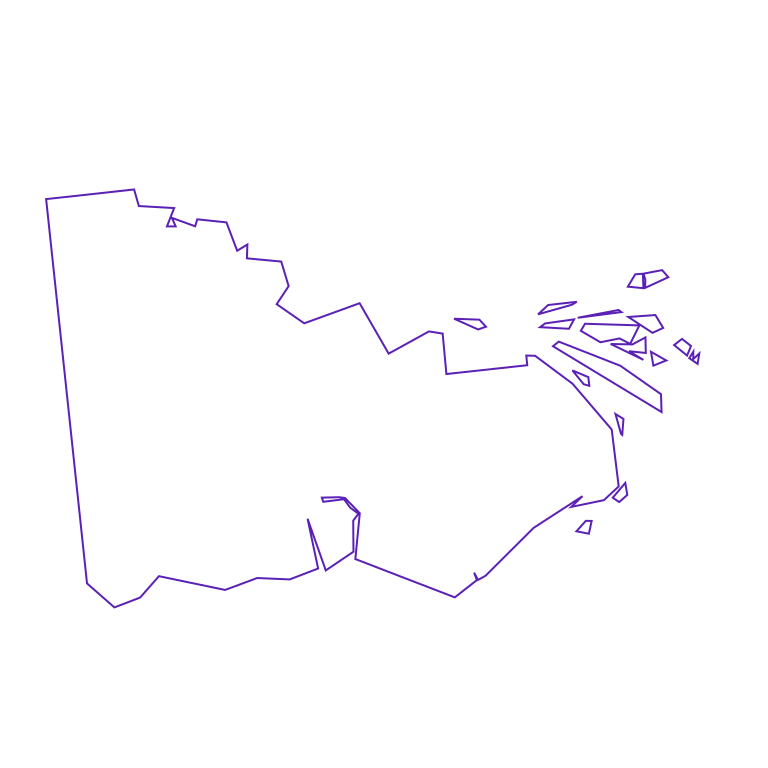 South Fly District, Western, Papua New Guinea, rotated 354°
{"feature_id": "67681753B32450151371022", "entity_name": "South Fly District", "entity_type": "district", "adm_level": 2, "iso_a3": "PNG", "parent_name": "Papua New Guinea", "parent_adm1": "Western", "projection": "natural_earth1", "projection_center": [142.961, -8.494], "detail": "medium", "context": "isolated", "style": "outline", "palette": "violet", "viewbox_px": 768, "rotation_deg": 354, "n_neighbors": 0, "source": "geoboundaries", "source_scale": "gbopen_adm2", "svg_char_len": 1968}
<svg xmlns="http://www.w3.org/2000/svg" viewBox="0 0 768 768"><g transform="rotate(354 384 384)"><path d="M447.6,340.0L434.2,336.4L391.8,354.3L368.2,301.1L311.0,315.3L285.6,293.4L299.4,276.7L294.6,251.5L260.8,244.7L262.7,231.0L251.9,236.1L244.2,206.8L215.5,200.7L212.7,207.4L190.4,196.6L193.3,205.5L184.6,204.6L193.7,187.1L158.8,181.4L155.8,164.4L67.3,164.8L67.8,551.3L92.5,578.0L119.1,570.9L140.1,551.6L204.4,572.2L237.6,563.7L269.8,568.5L299.2,560.6L293.9,510.0L306.6,563.3L336.1,547.6L339.1,516.7L345.0,510.3L337.5,503.5L332.2,494.4L311.3,494.8L310.3,490.5L327.5,491.9L333.3,493.3L346.4,510.0L337.2,555.1L432.1,603.6L455.9,588.7L453.9,581.0L457.0,588.7L465.0,585.3L517.8,542.7L569.7,516.3L557.4,525.8L590.6,522.5L606.7,510.4L605.7,453.1L571.6,403.5L537.2,371.7L528.5,370.6L528.4,380.3L447.1,380.6L447.6,340.0ZM621.0,390.6L562.2,360.1L556.0,364.1L657.1,440.9L658.4,423.1L621.0,390.6ZM644.1,352.4L590.2,345.1L585.3,351.7L603.6,365.1L623.0,363.3L633.0,369.8L644.1,352.4ZM648.9,365.0L635.2,370.6L613.6,367.9L644.5,387.1L631.1,377.0L647.6,380.5L648.9,365.0ZM661.1,343.8L634.0,342.9L656.4,361.2L667.5,357.4L661.1,343.8ZM653.6,301.4L654.8,307.6L653.7,315.7L677.9,307.5L672.5,299.8L653.6,301.4ZM579.8,339.6L550.6,340.6L545.2,343.8L573.7,348.4L579.8,339.6ZM667.2,390.1L652.9,379.9L653.8,393.9L667.2,390.1ZM636.7,312.7L652.0,315.8L653.0,301.4L645.3,301.2L636.7,312.7ZM625.0,334.9L583.6,338.4L627.6,337.3L625.0,334.9ZM685.1,370.3L676.6,375.6L688.4,387.4L693.3,378.3L685.1,370.3ZM614.4,519.7L613.6,507.6L599.6,521.0L605.6,526.0L614.4,519.7ZM460.5,326.4L483.3,339.6L491.4,337.7L485.6,330.0L460.5,326.4ZM576.2,541.9L570.4,541.2L560.0,550.6L572.1,554.3L576.2,541.9ZM544.5,330.8L579.2,324.8L584.3,322.4L555.5,322.6L544.5,330.8ZM611.1,438.1L614.5,458.3L615.6,459.5L618.5,443.8L611.1,438.1ZM588.0,407.3L587.9,398.5L572.8,390.2L582.6,405.1L588.0,407.3ZM700.7,386.6L694.1,391.6L695.0,384.2L690.3,390.2L698.0,396.8L700.7,386.6Z" fill="none" stroke="#5b21b6" stroke-width="2"/></g></svg>